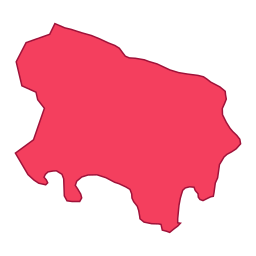 outline of Upplands-Bro, Stockholm, Sweden
{"feature_id": "70781695B36454711221889", "entity_name": "Upplands-Bro", "entity_type": "district", "adm_level": 2, "iso_a3": "SWE", "parent_name": "Sweden", "parent_adm1": "Stockholm", "projection": "robinson", "projection_center": [17.683, 59.545], "detail": "fine", "context": "isolated", "style": "filled", "palette": "rose", "viewbox_px": 256, "rotation_deg": 0, "n_neighbors": 0, "source": "geoboundaries", "source_scale": "gbopen_adm2", "svg_char_len": 1520}
<svg xmlns="http://www.w3.org/2000/svg" viewBox="0 0 256 256"><path d="M15.4,153.1L28.0,174.6L34.0,180.1L38.7,183.2L45.7,184.8L47.7,182.8L46.3,179.9L44.0,177.2L45.4,174.3L48.0,171.9L53.0,171.0L56.4,170.8L62.0,174.3L63.7,178.8L64.0,187.2L64.3,195.9L67.0,200.8L72.0,201.5L79.7,201.5L81.7,197.9L80.7,194.1L77.7,189.0L75.3,185.4L76.7,181.2L81.7,177.0L88.0,175.0L97.0,174.8L106.0,177.7L114.7,182.3L119.0,183.7L126.0,187.0L130.0,189.4L131.7,193.9L132.0,198.1L133.7,201.7L137.3,206.3L138.7,210.6L139.7,216.4L140.0,218.8L144.0,222.1L151.7,223.7L158.7,223.9L161.0,224.4L162.3,230.1L166.7,231.3L169.7,232.4L172.7,229.9L175.0,228.1L177.7,226.1L180.4,223.2L177.7,222.8L177.7,218.6L179.0,205.2L180.3,198.3L181.3,194.8L182.7,190.3L185.3,187.9L189.7,186.8L194.0,187.2L195.3,190.6L198.0,193.7L198.3,197.2L200.0,199.5L203.0,200.6L207.0,198.6L210.7,196.8L213.3,196.3L214.0,192.6L215.3,183.0L217.6,177.9L219.5,164.4L220.0,163.7L224.0,157.0L227.0,154.3L231.5,151.9L236.2,148.8L240.6,143.8L239.8,139.3L236.8,135.4L232.7,131.5L230.0,128.3L226.3,122.4L222.5,114.7L222.3,108.5L224.6,103.4L226.3,99.1L225.7,95.6L225.6,95.3L225.2,91.3L219.9,86.9L210.7,82.1L206.9,79.1L203.5,76.8L198.0,75.4L187.1,74.0L178.6,72.6L169.8,69.9L157.0,63.9L148.9,61.5L144.3,59.8L135.5,58.3L129.3,57.9L125.3,56.2L122.7,52.8L119.3,48.2L114.9,45.5L107.8,42.7L99.7,38.9L91.4,35.5L81.4,32.7L71.2,29.4L64.6,27.8L54.9,23.6L49.7,34.3L26.1,42.6L16.2,61.8L21.9,85.8L36.0,92.2L37.7,99.7L44.4,108.3L33.5,139.8L15.4,153.1Z" fill="#f43f5e" stroke="#9f1239" stroke-width="1.5"/></svg>